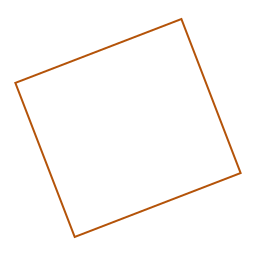 York, Nebraska, United States of America (Robinson projection), rotated 159°
{"feature_id": "52423323B45895335314976", "entity_name": "York", "entity_type": "district", "adm_level": 2, "iso_a3": "USA", "parent_name": "United States of America", "parent_adm1": "Nebraska", "projection": "robinson", "projection_center": [-97.673, 40.873], "detail": "fine", "context": "isolated", "style": "outline", "palette": "amber", "viewbox_px": 256, "rotation_deg": 159, "n_neighbors": 0, "source": "geoboundaries", "source_scale": "gbopen_adm2", "svg_char_len": 231}
<svg xmlns="http://www.w3.org/2000/svg" viewBox="0 0 256 256"><g transform="rotate(159 128 128)"><path d="M39.0,45.6L39.1,210.6L39.5,210.6L217.0,210.5L216.8,45.4L39.0,45.6Z" fill="none" stroke="#b45309" stroke-width="2"/></g></svg>